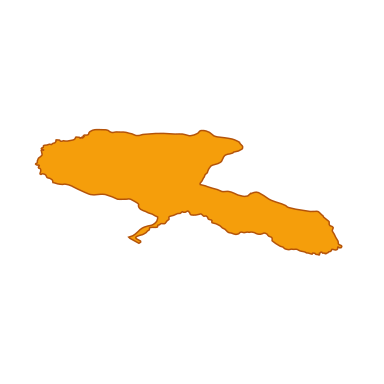 the district of La Pintada, Antioquia, Colombia, rotated 284°
{"feature_id": "7082276B54917779252174", "entity_name": "La Pintada", "entity_type": "district", "adm_level": 2, "iso_a3": "COL", "parent_name": "Colombia", "parent_adm1": "Antioquia", "projection": "equal_earth", "projection_center": [-75.609, 5.74], "detail": "fine", "context": "isolated", "style": "filled", "palette": "amber", "viewbox_px": 384, "rotation_deg": 284, "n_neighbors": 0, "source": "geoboundaries", "source_scale": "gbopen_adm2", "svg_char_len": 6022}
<svg xmlns="http://www.w3.org/2000/svg" viewBox="0 0 384 384"><g transform="rotate(284 192 192)"><path d="M167.5,54.8L167.6,55.9L167.4,59.7L167.6,62.0L168.0,64.6L168.8,66.3L169.0,67.7L169.1,70.5L168.7,74.0L168.4,75.0L167.2,80.3L165.7,88.3L165.1,92.2L165.0,94.2L165.5,97.6L167.6,103.6L168.2,105.8L168.6,108.4L168.0,115.8L167.0,121.4L167.4,123.6L168.9,129.2L169.2,130.3L170.0,132.3L170.1,133.3L170.1,134.4L168.9,139.0L168.0,141.8L167.5,142.7L167.1,143.2L165.5,143.4L164.5,144.0L163.7,144.8L162.8,146.2L162.1,149.3L161.9,151.5L161.2,154.6L160.9,158.8L160.0,161.8L159.5,164.7L157.9,165.1L155.2,164.9L153.3,164.0L151.2,162.3L149.9,160.7L148.4,157.5L146.4,154.2L144.9,152.4L142.9,150.7L140.3,149.1L137.4,147.1L135.2,145.1L132.9,141.5L132.0,143.0L129.4,152.9L130.9,154.3L131.8,154.1L132.1,153.6L133.1,149.8L133.4,149.1L134.1,148.4L134.5,148.4L135.7,149.4L137.2,151.6L138.6,154.2L139.8,155.6L141.5,157.3L143.5,158.3L144.5,159.4L144.9,159.6L145.4,159.7L146.7,159.5L147.2,159.7L148.1,162.0L148.7,164.7L149.0,165.7L149.5,166.7L149.7,166.9L150.0,167.0L151.3,166.9L151.6,167.0L152.4,168.5L153.1,168.9L153.7,169.4L153.9,169.8L154.5,172.7L154.7,173.1L155.2,173.6L158.0,174.8L159.7,176.2L160.1,176.3L161.6,175.7L162.1,175.7L162.6,176.0L163.1,176.5L164.9,179.8L167.5,183.1L167.8,183.9L168.4,185.7L169.0,186.2L170.5,187.3L170.6,187.6L170.3,188.3L170.3,188.8L170.6,190.0L170.9,190.6L172.4,192.2L172.5,192.8L172.2,193.5L171.1,194.9L170.0,195.7L169.7,196.2L169.6,196.9L169.9,198.9L170.6,201.3L172.1,204.4L172.8,205.5L172.8,206.4L172.6,206.9L171.4,209.1L171.4,209.6L171.9,210.6L172.1,211.7L171.4,213.1L170.1,214.0L169.7,214.4L169.5,215.1L169.5,217.2L169.4,217.8L169.1,218.2L168.8,218.4L167.7,218.4L167.0,219.0L167.0,219.5L167.0,222.7L166.8,224.0L166.1,227.0L165.8,227.8L164.5,230.1L163.8,233.1L161.9,236.2L161.7,236.9L161.5,237.7L161.7,240.2L161.4,242.4L161.4,244.5L161.7,245.5L162.5,247.0L162.9,247.5L164.4,248.4L165.0,249.4L165.1,249.9L165.1,252.0L165.2,252.6L166.5,255.3L166.7,257.3L167.3,258.6L167.6,259.8L167.7,262.3L167.2,264.4L167.1,266.3L167.3,267.4L167.5,268.5L168.0,269.4L168.7,270.6L169.4,271.4L169.7,272.4L169.7,273.3L169.4,274.7L168.9,275.5L168.4,276.0L167.7,277.2L167.4,279.6L166.9,280.6L166.1,281.1L164.1,281.5L163.4,283.0L162.3,285.6L161.2,289.1L160.7,290.8L160.6,293.5L159.5,295.5L159.3,296.4L159.3,298.2L159.4,299.7L159.7,300.5L160.6,302.2L160.9,304.5L161.6,306.6L161.7,307.3L161.7,308.1L161.3,309.6L161.0,311.0L161.0,312.8L161.1,314.4L161.1,316.0L160.7,317.5L160.6,318.1L160.9,319.5L160.7,322.7L160.8,323.6L161.6,323.7L162.0,324.1L162.2,325.9L162.2,326.2L161.6,326.9L161.5,327.4L161.5,327.8L161.7,328.6L161.6,330.1L161.7,330.7L162.0,330.9L163.4,330.4L163.9,331.1L164.7,331.5L164.9,331.8L165.0,332.5L164.3,333.5L164.3,333.9L164.7,334.8L164.6,335.5L164.8,336.1L164.7,336.5L164.4,336.5L164.5,336.9L165.8,338.2L166.1,338.7L167.0,339.1L167.6,340.4L168.6,341.3L169.0,341.4L170.0,341.4L170.2,341.6L170.4,342.5L170.4,344.9L170.5,345.5L170.8,346.0L171.2,346.6L171.9,347.0L173.8,346.8L174.0,347.1L173.6,347.8L173.5,348.3L173.9,350.0L174.9,350.5L175.4,350.5L175.9,350.2L176.2,349.6L176.5,347.7L176.9,346.9L177.2,346.5L179.0,345.9L179.7,345.5L182.9,342.3L185.5,340.2L187.9,337.7L188.9,337.4L191.4,337.7L191.6,337.5L192.1,337.0L192.4,336.3L192.7,334.3L192.8,333.9L193.7,333.0L196.2,332.3L196.8,331.5L199.4,325.9L200.8,324.6L201.0,323.8L203.0,320.4L203.5,319.2L203.5,317.8L202.9,315.9L201.7,311.5L200.4,296.8L200.3,289.7L200.5,288.2L201.5,286.2L202.2,281.9L202.6,275.5L203.1,271.0L203.7,268.3L205.9,262.4L207.5,256.8L207.4,254.4L206.6,252.4L205.2,250.2L204.7,249.7L204.9,249.3L201.6,247.0L200.4,244.0L200.2,242.2L200.2,237.3L201.0,233.1L201.4,230.2L201.4,227.5L201.2,226.2L200.0,222.6L199.7,221.0L200.5,216.0L200.6,211.1L200.9,205.7L201.2,203.6L201.2,198.2L201.9,197.8L202.5,197.8L205.1,199.0L208.2,199.7L209.7,200.3L211.5,200.4L212.4,200.8L214.4,202.2L216.5,202.3L218.8,202.8L221.7,204.0L223.0,205.4L225.9,210.4L227.7,212.4L228.8,213.2L233.9,214.3L235.3,215.0L236.0,215.6L237.3,217.5L238.1,219.4L239.7,222.1L240.8,222.8L243.0,227.1L245.8,230.2L246.9,230.5L248.4,230.1L249.0,229.5L250.1,227.7L250.8,226.7L251.4,226.1L251.7,226.1L252.3,224.0L252.9,220.8L253.1,218.1L252.9,214.4L252.5,210.3L251.6,203.3L251.6,201.3L251.8,199.6L254.1,194.5L254.6,190.9L254.5,188.8L254.2,187.4L253.8,185.9L253.2,185.0L252.3,184.4L250.9,183.8L249.6,182.5L247.8,180.1L246.4,177.3L245.9,175.9L246.0,171.3L245.9,168.6L245.2,165.5L244.1,161.5L242.0,150.4L240.0,142.6L237.9,136.3L235.9,130.3L234.1,127.2L233.6,125.5L233.3,124.3L233.3,123.4L233.9,119.6L233.8,116.4L233.9,115.3L233.9,113.5L233.5,110.5L233.2,109.7L232.0,104.2L231.7,103.3L230.6,100.9L230.4,100.1L230.4,98.7L230.7,97.5L231.4,95.9L231.5,95.1L231.5,93.4L230.1,87.0L229.1,83.1L228.5,81.8L227.8,80.5L226.4,78.9L225.5,78.1L224.6,77.7L222.8,77.6L222.1,76.8L221.7,76.0L221.3,74.0L220.5,73.0L220.1,73.1L219.7,73.9L219.2,73.6L218.8,72.1L218.5,72.1L218.5,72.3L218.5,73.1L218.2,73.0L218.1,72.5L217.8,72.3L217.9,71.4L217.8,71.0L217.4,70.8L217.2,70.6L217.3,70.0L217.7,69.7L217.8,69.5L217.3,66.3L216.9,65.8L216.1,65.8L215.0,65.4L214.2,64.7L213.5,63.6L211.2,58.6L210.7,56.3L210.7,55.0L209.8,53.5L209.6,52.9L209.5,52.2L209.7,51.7L210.3,51.0L210.3,50.7L210.2,50.2L209.9,48.2L209.7,47.6L209.4,47.4L208.4,47.8L207.0,47.3L206.3,46.8L205.9,45.9L205.3,45.0L204.1,44.2L204.0,43.8L203.9,42.1L202.4,39.7L201.8,37.9L201.3,37.0L200.9,36.7L199.3,36.9L198.3,35.5L197.6,35.3L197.2,35.8L197.1,37.2L196.9,37.8L196.7,37.8L196.4,36.2L196.2,35.8L196.0,35.6L195.7,35.6L194.8,36.3L193.7,36.7L192.6,37.4L191.4,37.5L189.7,36.5L188.0,35.1L187.5,34.8L184.7,34.4L183.2,34.8L182.5,34.5L181.9,33.7L181.5,33.5L181.2,33.5L180.9,34.0L180.7,34.6L180.7,35.7L181.0,36.7L181.0,37.0L180.7,37.4L180.1,37.4L179.4,37.0L178.7,37.0L178.2,37.4L178.0,37.8L178.1,38.6L178.0,38.9L177.4,39.6L175.8,40.2L173.3,40.0L172.6,40.4L172.5,41.2L172.7,41.5L173.5,42.2L173.6,44.3L173.4,45.3L172.9,46.2L171.3,47.5L171.0,47.9L170.8,49.1L170.9,50.5L170.7,51.3L170.2,52.8L169.9,53.4L169.5,53.9L169.1,54.1L167.5,54.8Z" fill="#f59e0b" stroke="#b45309" stroke-width="1.5"/></g></svg>